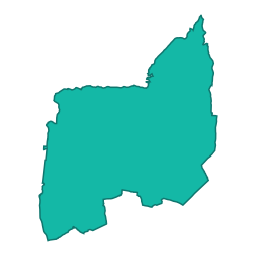 outline of Podenii Noi, Prahova, Romania
{"feature_id": "2599482B3900560303357", "entity_name": "Podenii Noi", "entity_type": "district", "adm_level": 2, "iso_a3": "ROU", "parent_name": "Romania", "parent_adm1": "Prahova", "projection": "orthographic", "projection_center": [26.195, 45.112], "detail": "fine", "context": "isolated", "style": "filled", "palette": "teal", "viewbox_px": 256, "rotation_deg": 0, "n_neighbors": 0, "source": "geoboundaries", "source_scale": "gbopen_adm2", "svg_char_len": 5678}
<svg xmlns="http://www.w3.org/2000/svg" viewBox="0 0 256 256"><path d="M49.9,240.0L56.6,239.1L57.1,238.6L58.3,238.1L58.4,237.6L60.1,237.0L62.9,234.8L64.4,234.2L66.5,232.8L68.0,232.3L69.1,230.3L69.8,230.1L70.7,229.4L71.6,229.2L72.7,228.6L73.1,228.1L72.8,227.5L73.0,227.2L73.8,228.0L74.0,228.0L73.9,226.8L74.2,226.9L74.7,227.5L76.2,228.1L77.6,229.8L78.4,230.2L80.2,231.9L81.8,232.7L83.7,233.5L83.7,233.2L84.6,232.1L86.5,231.5L87.7,231.3L87.9,231.1L88.1,230.1L88.3,230.0L89.9,229.5L92.8,230.5L106.4,224.0L106.5,223.1L106.4,222.7L106.1,222.4L106.3,221.7L106.3,221.1L106.0,220.2L105.5,216.7L105.1,215.3L104.6,214.2L104.7,212.4L105.1,210.9L104.7,207.6L104.4,206.6L104.0,206.0L103.1,205.6L103.5,204.9L103.2,203.9L103.7,203.5L103.3,202.2L103.2,199.4L106.8,198.8L110.8,198.7L112.1,198.5L116.1,197.0L119.3,195.4L119.5,195.4L119.5,195.9L119.8,195.9L120.8,194.9L121.3,195.0L121.5,194.3L121.7,194.0L121.8,193.5L122.0,193.2L121.8,192.7L122.0,191.9L122.0,190.9L122.2,189.9L129.4,191.1L130.7,191.8L132.9,191.9L133.6,192.2L135.6,192.2L137.3,192.5L137.1,195.3L138.3,195.8L138.7,196.3L140.0,196.2L140.4,196.6L140.9,197.5L141.6,199.2L141.8,201.5L142.4,203.4L142.7,205.1L145.1,205.7L147.9,206.1L150.4,206.9L152.0,207.1L152.5,206.3L154.5,204.9L155.3,204.7L156.9,205.2L158.0,204.7L161.6,203.4L161.8,203.3L162.1,201.5L161.4,200.2L161.5,199.7L162.1,199.2L163.8,198.4L167.6,199.5L170.0,199.9L173.5,201.2L176.7,201.9L179.6,203.1L182.9,205.1L191.8,196.4L194.4,193.5L208.2,180.5L207.0,177.9L207.4,177.8L205.8,174.9L205.2,173.3L204.8,173.0L204.3,172.3L204.3,172.0L204.4,171.8L202.0,168.0L201.4,165.2L207.7,158.5L210.5,156.4L209.9,155.6L211.6,154.1L214.7,150.2L214.7,149.5L215.4,145.2L214.9,142.0L215.3,140.9L215.6,138.9L215.7,132.9L215.5,132.3L215.4,127.3L216.0,124.6L216.5,121.6L216.4,119.2L216.8,116.2L216.3,116.0L216.4,115.9L215.6,115.7L211.8,115.5L211.9,114.1L212.1,114.1L212.2,113.1L211.3,113.0L211.0,111.4L211.2,104.8L210.9,103.6L210.9,102.8L211.2,101.1L210.9,98.0L210.5,96.7L210.6,94.6L210.2,92.8L209.8,92.1L208.8,89.6L209.9,87.2L211.0,85.3L211.7,85.6L211.7,85.3L212.0,85.0L212.0,82.4L212.3,81.0L212.5,76.8L213.1,74.7L213.3,73.0L212.8,71.1L212.3,70.0L211.9,68.6L212.0,66.9L212.8,65.0L213.3,63.6L212.7,60.9L211.3,59.0L210.1,57.7L209.4,55.9L209.4,55.5L209.3,55.1L208.7,54.4L208.4,53.6L208.4,53.3L208.6,52.9L208.6,52.7L208.2,51.3L207.9,49.5L208.0,46.3L207.7,45.9L207.3,45.9L207.1,45.4L207.6,44.0L206.9,43.5L206.4,43.5L203.8,44.7L203.4,44.8L202.9,44.6L203.6,42.6L204.1,42.1L204.3,41.6L203.9,40.4L204.2,39.5L204.2,38.9L203.4,37.3L203.1,36.4L203.1,35.6L203.7,34.8L204.2,34.5L204.3,34.1L205.2,33.4L205.6,32.8L205.4,32.3L204.6,31.4L203.8,31.0L203.1,30.2L202.6,28.8L202.1,26.5L202.1,24.8L202.4,24.2L202.5,23.1L202.8,22.1L202.8,20.8L203.4,19.4L201.7,17.6L201.1,15.4L200.9,15.4L200.2,16.4L199.4,17.2L199.4,18.4L198.8,19.1L198.2,20.9L197.5,21.2L196.6,22.4L195.8,22.8L195.4,23.9L194.6,24.6L194.4,25.3L194.0,25.9L194.0,27.1L193.7,27.7L193.5,29.0L193.1,30.1L192.9,29.6L190.1,28.5L189.9,29.3L190.1,30.3L189.9,31.3L188.5,32.3L187.4,33.9L187.0,35.4L187.2,36.4L186.2,38.0L185.4,38.6L184.6,38.9L184.0,38.8L182.9,38.2L182.1,37.9L180.6,37.7L178.1,37.9L177.1,37.8L175.3,38.4L174.8,38.8L172.5,41.4L171.3,42.5L169.7,44.5L168.3,45.9L167.5,47.0L165.8,48.9L164.2,50.2L163.1,51.7L158.2,56.4L157.1,57.8L155.9,58.9L155.0,60.5L154.6,63.2L154.2,63.9L152.8,64.6L152.1,64.7L151.2,66.6L149.6,68.3L149.8,68.9L148.9,69.5L148.6,71.1L149.0,72.2L148.4,73.2L147.8,73.6L148.0,73.8L148.5,73.7L148.5,74.5L148.2,75.0L148.4,75.7L148.7,75.9L149.4,75.6L152.0,73.8L152.3,74.6L152.7,75.6L153.0,76.2L151.9,76.2L151.7,76.5L151.0,76.3L150.3,76.9L150.4,77.4L150.1,77.5L148.9,77.7L147.4,77.6L147.1,78.5L146.7,78.9L146.7,79.2L147.4,79.4L147.9,79.2L148.3,79.5L149.1,80.2L150.0,81.7L149.0,81.6L148.7,81.9L147.1,81.6L146.5,81.7L146.2,81.9L146.3,82.1L148.9,83.1L148.6,83.6L148.4,84.3L148.5,85.2L147.9,86.8L146.4,88.2L145.5,88.0L144.3,88.1L142.7,87.4L141.4,87.3L140.6,87.4L139.2,86.6L136.5,86.4L134.0,85.3L133.6,85.4L133.2,86.0L132.2,85.9L131.2,86.2L129.3,87.0L128.3,87.3L126.3,87.3L124.7,86.7L123.4,86.7L123.3,86.8L123.5,86.9L123.3,87.0L121.6,87.7L120.7,87.8L116.9,87.3L110.2,87.3L108.7,86.7L107.6,86.6L106.5,86.9L105.4,87.6L103.2,88.1L102.0,87.7L101.3,87.1L99.3,87.0L98.2,86.4L97.1,86.5L96.6,87.0L95.7,87.4L95.1,87.1L93.1,87.1L91.1,86.4L90.4,85.8L88.3,85.9L87.6,86.0L86.9,85.9L83.8,87.1L82.5,87.3L82.1,87.8L82.0,88.5L81.3,88.6L81.3,89.6L81.1,89.7L80.7,89.5L79.9,89.0L77.7,88.0L76.3,87.6L75.8,87.8L75.3,88.5L74.3,89.2L72.4,89.9L71.4,89.8L70.9,89.4L68.2,88.6L67.7,88.8L67.7,89.4L64.7,89.0L63.9,89.1L59.6,91.9L58.8,92.8L56.1,93.5L55.7,93.7L55.5,94.8L54.6,96.1L54.3,99.8L54.0,100.3L54.8,101.4L58.2,103.4L58.8,104.3L59.0,105.8L58.8,106.9L59.0,107.8L59.4,108.8L59.7,109.8L59.4,110.5L59.5,111.6L59.3,112.1L58.8,112.6L58.6,113.4L57.7,114.0L57.5,114.3L57.3,114.8L56.8,117.9L56.6,123.5L54.8,123.5L53.0,122.1L52.9,122.2L51.8,121.4L50.6,121.3L48.2,122.5L48.4,123.1L47.7,123.8L47.0,124.2L46.7,124.9L46.7,125.3L47.0,125.7L48.5,127.6L48.8,129.6L48.9,130.7L48.7,131.5L48.2,132.7L48.0,133.5L48.1,135.4L48.0,136.6L47.9,139.2L47.7,139.1L47.3,141.8L47.0,146.2L43.8,146.1L43.6,149.2L43.8,149.5L47.2,148.1L46.0,160.4L45.1,160.4L42.7,181.7L42.4,183.1L43.5,183.1L43.7,183.3L43.7,183.7L43.8,184.0L44.3,184.1L44.3,184.7L43.6,185.0L42.8,185.8L42.2,186.7L42.4,187.9L42.1,189.4L42.6,190.5L42.5,192.8L41.7,193.4L41.7,193.8L40.9,193.9L40.7,194.1L40.3,195.1L39.9,194.8L39.7,195.0L39.6,195.4L39.4,195.2L39.2,195.4L39.7,196.9L39.6,197.1L39.3,197.1L39.6,197.9L40.0,200.1L39.9,203.0L39.5,205.3L39.9,209.3L40.0,216.1L40.1,218.1L41.6,221.3L42.2,223.5L42.5,225.6L43.7,231.3L44.5,232.7L45.9,234.1L46.6,235.2L47.0,236.3L48.1,240.6L49.9,240.0Z" fill="#14b8a6" stroke="#0f766e" stroke-width="1.5"/></svg>